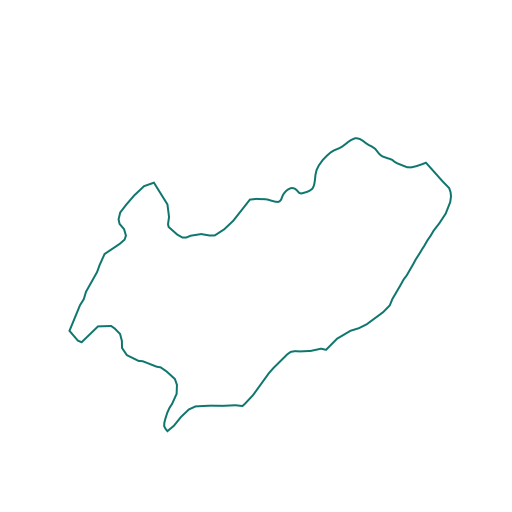 Quetzaltenango, Quezaltenango, Guatemala, rotated 228°
{"feature_id": "79465075B80303982129661", "entity_name": "Quetzaltenango", "entity_type": "district", "adm_level": 2, "iso_a3": "GTM", "parent_name": "Guatemala", "parent_adm1": "Quezaltenango", "projection": "equal_earth", "projection_center": [-91.528, 14.813], "detail": "fine", "context": "isolated", "style": "outline", "palette": "teal", "viewbox_px": 512, "rotation_deg": 228, "n_neighbors": 0, "source": "geoboundaries", "source_scale": "gbopen_adm2", "svg_char_len": 2198}
<svg xmlns="http://www.w3.org/2000/svg" viewBox="0 0 512 512"><g transform="rotate(228 256 256)"><path d="M378.8,229.2L382.8,219.6L382.5,206.0L381.0,194.1L379.2,184.2L375.2,178.4L371.2,176.1L364.2,175.9L358.2,173.0L356.1,169.3L356.2,162.9L358.8,144.8L354.1,134.1L350.4,127.1L343.2,105.8L339.2,99.2L337.2,92.3L325.2,67.3L312.3,67.0L308.6,68.7L309.4,91.5L300.9,101.5L296.7,102.5L289.0,102.8L282.6,99.5L277.3,94.9L268.7,93.7L256.7,98.5L253.6,101.4L240.2,108.1L237.1,110.6L230.0,112.3L218.8,113.4L213.1,111.0L206.7,104.8L202.3,94.8L201.0,90.0L198.9,85.2L195.8,79.9L193.5,76.4L191.0,73.9L187.9,73.1L185.1,73.0L184.8,81.5L186.6,92.7L186.9,103.4L184.7,110.4L177.8,118.9L174.8,122.5L167.0,130.9L158.8,140.9L153.6,145.5L153.6,148.7L154.6,160.7L160.3,187.2L161.1,194.2L162.0,213.5L161.5,217.7L159.2,221.3L155.7,224.8L148.8,233.2L143.6,242.3L139.4,245.3L140.3,261.0L137.2,276.2L133.5,284.2L131.2,292.5L129.2,313.0L129.8,322.4L132.8,328.6L137.3,342.8L139.8,350.1L140.7,354.9L144.7,367.2L146.5,372.2L147.2,374.7L148.6,379.8L150.1,384.7L150.8,387.4L152.9,393.8L154.3,399.7L156.0,405.0L157.6,414.0L160.6,425.4L166.1,436.4L169.8,440.8L173.1,443.2L177.2,445.0L186.3,444.6L202.3,444.7L211.6,444.7L213.3,440.3L215.5,435.2L217.9,430.8L220.7,427.8L224.6,425.8L230.5,422.9L233.7,421.9L236.1,421.6L238.7,420.4L240.4,419.3L245.4,416.6L247.5,416.1L249.8,415.9L255.9,416.3L260.2,415.2L262.8,414.1L266.2,413.2L270.1,412.5L273.6,411.4L276.0,409.7L277.1,408.6L277.7,407.0L278.6,404.2L279.1,400.6L279.3,397.0L279.7,392.8L280.4,390.0L282.3,384.6L283.0,380.9L283.1,376.3L282.7,369.9L281.3,363.4L279.4,358.6L276.6,354.6L272.5,350.0L270.9,348.0L269.6,346.1L268.7,344.2L268.3,342.7L268.6,339.8L269.4,337.1L271.3,333.1L272.3,331.3L274.1,330.3L277.8,330.3L279.7,330.0L281.3,329.2L282.7,327.9L283.3,326.8L284.0,324.3L284.2,321.7L283.8,318.7L283.3,316.9L282.4,314.9L281.2,312.6L280.9,311.2L280.9,309.9L281.4,308.6L283.5,306.6L287.2,304.2L290.2,302.4L292.8,300.1L294.9,297.8L298.1,294.6L302.0,289.2L299.5,274.8L297.4,262.6L297.1,250.2L298.9,239.1L302.2,235.3L309.0,229.9L314.8,221.0L316.4,216.5L318.9,213.7L324.6,211.8L336.0,210.5L338.5,211.9L343.2,217.5L353.6,224.7L378.8,229.2Z" fill="none" stroke="#0f766e" stroke-width="2"/></g></svg>